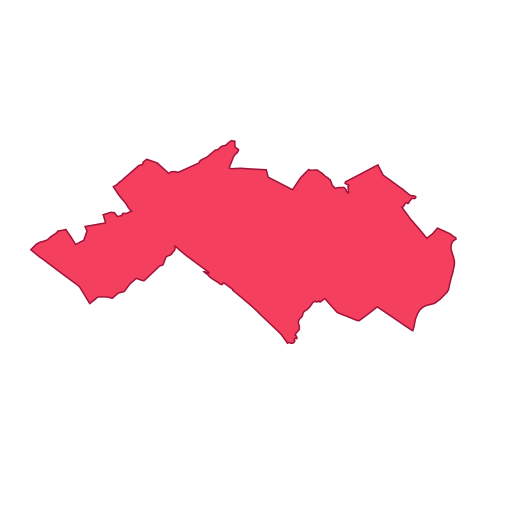 outline of Viesturu pag., Rundales, Latvia, rotated 45°
{"feature_id": "27541924B49235557147399", "entity_name": "Viesturu pag.", "entity_type": "district", "adm_level": 2, "iso_a3": "LVA", "parent_name": "Latvia", "parent_adm1": "Rundales", "projection": "orthographic", "projection_center": [23.935, 56.446], "detail": "fine", "context": "isolated", "style": "filled", "palette": "rose", "viewbox_px": 512, "rotation_deg": 45, "n_neighbors": 0, "source": "geoboundaries", "source_scale": "gbopen_adm2", "svg_char_len": 5915}
<svg xmlns="http://www.w3.org/2000/svg" viewBox="0 0 512 512"><g transform="rotate(45 256 256)"><path d="M251.2,300.8L252.2,300.4L252.1,298.3L252.2,297.7L263.9,296.0L263.9,296.6L274.8,295.6L275.5,295.5L278.6,295.3L284.8,294.8L288.7,294.5L293.6,294.3L298.8,294.2L298.8,294.3L302.6,294.2L326.0,293.6L329.6,293.7L332.3,294.1L340.0,295.4L340.1,294.8L340.6,293.9L341.5,293.3L342.2,293.1L342.6,292.8L343.0,292.3L343.1,292.2L343.4,292.0L343.5,291.7L343.7,291.4L343.8,291.1L344.0,290.3L343.9,290.1L343.8,289.5L343.7,289.1L343.4,288.4L343.0,288.2L342.9,288.2L342.3,288.2L342.0,288.0L341.8,287.7L341.8,287.2L341.9,286.6L342.1,286.2L342.6,285.9L343.3,285.6L343.3,285.4L343.0,285.1L342.6,284.8L341.2,284.2L340.4,284.1L340.1,284.2L339.8,284.3L339.6,284.1L339.4,283.9L339.2,283.1L339.2,282.9L338.9,282.4L339.0,282.3L338.9,281.9L338.9,281.3L338.9,281.2L338.8,280.8L338.8,280.7L338.7,279.3L338.7,278.0L338.6,277.5L337.6,276.2L335.9,274.7L333.7,273.7L332.7,272.8L331.7,271.2L331.6,270.5L331.4,269.8L331.3,269.2L331.4,268.7L331.4,268.4L331.4,266.9L331.2,265.7L331.0,265.3L329.7,263.2L329.5,262.4L329.3,261.4L329.3,260.6L329.6,259.7L330.0,257.7L330.1,256.1L330.1,254.8L329.7,252.5L329.5,250.8L329.2,249.7L329.1,248.8L329.4,247.2L329.7,246.3L330.9,246.0L331.9,244.9L332.3,244.0L332.3,243.6L332.7,243.1L333.2,243.1L333.5,243.4L333.8,243.2L334.0,243.0L334.1,242.6L334.1,241.6L334.4,240.5L334.5,238.8L334.9,237.5L353.3,238.5L355.1,237.8L355.4,237.7L360.3,235.6L363.1,234.3L371.4,230.9L374.5,229.2L374.8,228.1L376.4,217.2L377.7,206.3L380.0,205.8L386.7,204.5L398.1,202.3L400.6,201.9L403.2,201.3L409.0,200.3L418.5,198.4L419.7,197.9L417.4,193.8L413.4,187.9L411.0,182.5L410.0,178.1L410.2,174.2L411.3,170.8L415.8,163.2L416.8,156.1L416.7,152.3L416.7,146.4L415.8,143.4L414.1,141.0L408.9,132.4L407.3,129.3L403.3,123.1L402.1,121.5L401.0,120.3L400.1,119.5L398.6,118.4L396.6,117.2L392.4,115.1L388.9,113.1L387.0,111.1L385.6,109.1L385.2,107.6L384.8,106.0L385.5,102.6L384.4,101.8L382.6,102.4L380.6,102.7L378.5,102.9L377.3,103.2L371.5,105.3L366.6,107.2L365.0,107.7L364.6,107.9L364.7,109.5L364.8,110.0L364.9,111.5L364.9,111.8L364.9,112.3L365.1,115.2L365.1,116.2L365.0,116.8L364.5,120.2L364.2,122.4L364.2,122.7L355.7,121.8L341.7,120.8L339.8,120.7L338.0,120.5L334.7,119.9L324.8,118.4L325.1,118.1L325.2,117.9L325.2,117.1L325.1,116.5L325.0,115.6L325.0,115.2L324.8,114.9L324.6,114.5L324.4,113.5L324.5,112.5L324.6,112.2L324.8,111.9L324.9,111.7L325.1,111.7L326.2,111.6L326.4,111.4L326.4,110.7L326.4,110.3L326.2,109.8L326.1,109.4L325.7,108.1L325.8,107.1L325.5,106.4L325.6,105.4L326.2,104.3L327.2,103.7L327.7,102.9L327.8,102.0L327.2,101.2L326.3,101.2L324.0,102.5L323.5,103.3L322.9,103.6L322.7,103.7L322.3,104.1L318.8,104.5L312.0,105.1L309.7,105.6L295.4,107.8L293.5,108.2L288.8,108.9L278.0,105.5L277.8,105.4L276.5,109.3L272.4,122.8L270.0,130.4L266.8,140.4L267.7,141.7L270.4,140.7L271.6,140.3L271.8,141.8L275.7,145.0L275.8,145.1L276.6,145.9L276.1,146.4L275.6,145.8L274.5,146.6L273.0,145.5L270.4,145.3L270.1,145.3L269.4,145.5L269.1,146.1L266.5,148.6L264.0,152.1L259.9,152.1L258.8,151.5L255.0,149.8L255.0,150.0L253.8,150.0L251.2,149.9L251.0,150.0L249.8,150.5L249.3,150.6L244.0,150.8L238.3,152.0L233.8,156.9L232.1,157.5L232.1,160.8L232.1,162.4L232.1,164.7L232.2,168.9L232.2,169.4L233.9,177.8L235.0,183.3L208.8,191.7L207.1,190.6L205.6,189.7L202.2,187.7L201.9,188.1L189.9,198.9L183.5,204.4L183.1,204.8L176.9,211.6L174.8,212.7L174.3,211.8L173.1,209.0L170.2,202.3L169.9,201.5L169.7,200.2L169.5,199.0L169.5,198.5L169.7,196.3L169.6,195.7L169.4,195.5L168.9,193.5L168.5,193.2L168.2,193.1L167.9,193.1L164.8,193.8L164.2,193.7L163.9,193.5L161.6,191.5L160.1,190.2L160.0,189.8L157.2,191.7L156.9,192.2L156.3,196.2L156.5,198.4L156.5,198.5L155.5,200.4L154.0,203.1L153.8,207.9L153.7,208.1L152.4,209.7L152.4,209.8L152.3,210.2L151.9,214.7L151.7,217.2L151.5,220.2L149.2,227.4L149.1,227.7L149.1,228.0L149.5,230.1L149.6,230.3L149.9,230.5L141.8,252.0L139.6,253.2L139.3,253.4L136.5,256.3L135.8,259.3L120.5,260.0L120.1,260.1L110.3,264.9L109.8,269.4L110.8,270.9L110.9,271.2L111.0,271.7L109.2,274.6L108.9,278.8L108.7,281.8L107.7,296.1L107.8,298.2L107.4,298.9L107.3,299.4L107.2,303.5L107.1,304.3L106.1,307.9L115.4,309.8L119.4,310.3L125.7,310.8L126.9,311.0L127.2,311.0L127.3,310.8L128.7,311.4L130.2,311.8L134.4,312.4L136.3,312.2L134.3,317.5L131.6,320.1L132.4,322.1L132.4,322.4L132.1,322.8L130.3,326.0L130.2,326.0L125.0,325.5L124.9,325.8L124.7,326.1L124.0,326.6L123.0,327.1L122.3,328.1L122.0,328.6L118.8,334.9L119.0,334.9L125.9,338.8L126.0,338.9L126.1,339.1L126.1,339.3L125.9,339.5L122.0,345.0L114.3,356.0L118.7,357.8L118.9,358.0L123.0,366.4L123.0,366.8L121.2,372.7L120.3,375.4L110.9,373.2L102.9,371.8L102.8,371.7L100.2,375.8L99.2,377.3L99.0,377.5L98.6,377.9L98.3,378.3L98.3,378.8L98.3,379.3L98.4,379.5L98.5,379.9L98.5,380.6L98.5,381.2L98.2,382.4L97.2,387.9L97.2,388.8L97.2,390.5L97.1,391.8L96.5,393.4L95.5,395.6L95.4,395.7L94.1,397.8L93.4,399.3L93.0,400.5L92.7,401.6L92.4,403.0L92.3,404.7L92.3,406.5L92.3,408.8L92.4,410.8L103.7,409.7L108.8,408.7L112.5,408.3L122.3,406.9L137.0,404.8L146.2,403.4L147.4,403.2L151.7,402.6L153.1,402.6L164.7,405.4L172.1,407.2L172.9,400.4L173.0,398.3L173.1,397.2L173.2,396.9L173.4,396.6L173.9,396.0L179.7,390.2L182.6,388.5L184.2,387.6L184.3,387.5L184.8,379.6L186.5,376.8L187.9,374.5L187.9,373.5L186.8,366.4L186.6,365.2L186.7,364.2L187.2,356.5L187.3,356.4L190.8,354.8L193.9,353.1L194.1,352.9L194.3,352.6L194.4,352.2L194.4,350.8L194.5,348.6L194.6,343.3L194.9,331.1L196.5,328.3L196.5,328.2L196.1,327.1L193.1,320.5L193.1,319.9L193.4,319.0L193.9,317.7L194.8,315.7L194.9,315.1L194.9,314.3L194.2,308.9L191.9,306.2L198.1,305.8L198.1,305.7L199.1,305.6L199.6,305.7L200.3,305.6L206.4,305.0L234.4,300.9L234.5,301.4L234.4,302.0L233.4,302.4L232.8,302.9L232.3,303.1L232.0,303.2L231.4,303.0L231.0,303.2L230.6,303.5L230.3,304.0L235.1,303.3L237.3,303.5L238.0,303.5L241.4,303.0L248.5,301.4L250.2,301.3L250.7,301.2L251.2,300.8Z" fill="#f43f5e" stroke="#9f1239" stroke-width="1.5"/></g></svg>